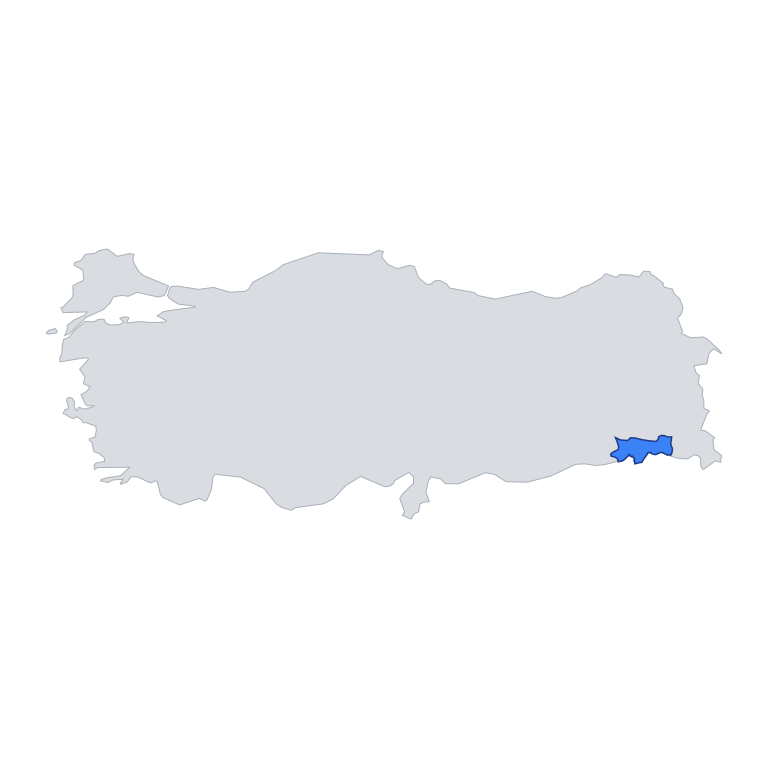 where Sirnak sits in Turkey
{"feature_id": "TUR-3044", "entity_name": "Sirnak", "entity_type": "Province", "adm_level": 1, "iso_a3": "TUR", "parent_name": "Turkey", "parent_adm1": "", "projection": "robinson", "projection_center": [42.613, 37.438], "detail": "fine", "context": "in_parent", "style": "filled", "palette": "blue", "viewbox_px": 768, "rotation_deg": 0, "n_neighbors": 0, "source": "natural_earth", "source_scale": "10m", "svg_char_len": 4853}
<svg xmlns="http://www.w3.org/2000/svg" viewBox="0 0 768 768"><path d="M605.3,273.7L616.3,277.3L619.9,274.6L629.9,275.0L638.8,277.0L643.7,271.1L650.1,271.7L651.3,274.8L654.2,275.9L663.5,283.5L662.5,284.5L664.7,287.3L672.7,289.2L673.5,293.1L679.7,298.9L683.0,307.9L681.1,314.2L677.6,318.1L682.6,331.6L681.1,333.4L690.9,337.8L703.1,337.0L707.0,339.0L718.9,349.7L721.9,353.9L713.7,348.8L709.1,353.2L706.8,363.8L693.9,365.7L695.9,372.6L699.4,375.7L698.3,382.2L699.2,384.8L702.8,389.1L702.3,394.9L703.8,401.1L703.9,408.5L709.3,410.8L706.9,414.2L700.9,429.2L701.3,430.4L705.4,430.8L714.5,437.8L712.9,440.0L714.0,449.7L721.9,455.9L720.7,459.1L720.9,462.3L715.2,460.9L703.7,469.4L702.4,469.2L700.8,466.2L700.4,457.7L697.6,455.4L694.0,454.9L687.7,458.8L682.0,458.7L676.2,457.9L661.1,452.6L655.5,454.4L649.7,452.4L638.3,462.9L634.9,463.8L633.2,458.5L629.3,455.6L624.2,459.6L604.7,464.6L595.7,465.5L584.8,463.8L575.7,464.3L550.9,476.0L527.2,482.2L506.1,481.7L494.6,474.4L485.6,472.7L458.3,483.9L445.1,483.5L440.7,478.9L430.6,477.0L428.3,481.4L425.9,491.9L429.3,501.6L423.5,502.2L419.8,504.3L418.7,511.6L413.4,514.4L411.5,518.9L410.6,519.0L402.2,515.3L404.6,511.8L399.7,498.3L402.4,494.1L413.6,483.2L413.5,476.8L408.9,472.3L394.8,480.4L393.4,483.5L390.2,485.9L385.0,486.8L360.6,476.4L345.8,485.6L333.0,498.9L323.5,503.8L295.9,507.6L291.0,510.2L281.7,507.4L276.2,503.8L264.0,488.6L240.5,477.1L215.2,474.3L212.9,477.2L211.5,489.0L207.0,500.0L204.8,501.2L199.4,498.4L179.6,504.9L163.2,497.7L160.5,494.5L157.3,481.7L154.9,480.8L152.2,482.6L149.4,482.5L137.7,477.0L131.3,476.6L127.1,482.0L120.7,484.3L120.6,482.7L123.3,479.2L113.2,479.9L107.8,482.5L100.6,480.9L101.2,479.4L107.1,477.7L120.7,475.7L129.6,467.2L97.6,467.6L94.4,469.5L94.2,465.1L96.1,463.0L104.6,461.4L104.3,457.7L99.4,453.7L93.9,451.6L91.9,442.4L89.1,440.0L89.6,438.7L94.9,437.1L96.4,430.3L95.8,426.2L85.7,422.5L83.4,422.9L81.1,419.3L76.8,416.7L73.1,418.8L63.0,413.3L65.2,409.2L67.8,409.3L68.4,406.2L66.7,400.9L67.1,398.3L69.4,397.5L71.9,398.0L74.3,401.2L74.2,407.1L76.8,410.7L78.9,407.1L83.6,409.1L92.1,407.3L93.9,405.7L87.7,405.9L85.5,404.4L81.0,394.6L86.3,391.7L90.3,386.9L83.4,383.7L85.2,377.0L79.6,369.4L88.3,359.6L87.9,358.2L85.4,357.7L59.9,361.8L59.8,357.4L61.9,353.6L62.3,344.3L63.7,339.2L68.5,337.7L74.7,330.3L84.6,321.6L94.3,321.8L98.3,319.4L104.0,319.2L105.5,322.7L110.4,325.1L119.3,324.7L123.7,322.4L119.9,318.1L125.0,316.8L129.0,317.8L126.5,322.5L127.7,322.9L139.3,321.5L151.2,322.6L164.5,322.1L166.3,320.6L157.2,315.9L163.4,311.7L166.9,310.9L194.9,307.1L195.1,306.2L178.2,304.1L169.7,298.6L167.5,295.6L169.7,288.3L171.7,286.4L177.8,286.1L198.6,289.4L213.6,287.4L229.7,292.2L245.3,291.3L248.7,289.1L252.9,282.2L275.5,270.6L283.5,264.6L318.2,252.8L369.3,254.9L378.4,250.3L383.5,251.8L382.0,254.8L382.2,257.7L388.1,264.6L397.1,268.7L409.8,265.3L414.4,266.6L418.5,277.6L426.3,284.1L429.9,284.6L434.9,280.8L439.4,280.3L446.9,284.1L449.4,288.0L473.8,292.5L478.8,295.8L495.3,299.1L532.1,291.3L545.4,296.6L556.7,298.3L561.5,297.5L576.4,291.3L581.0,287.7L590.3,284.7L602.0,277.7L605.3,273.7ZM134.0,254.3L132.8,259.2L134.6,264.6L139.3,272.1L144.2,275.9L168.5,286.0L164.4,295.5L158.1,297.0L137.1,292.4L128.1,296.3L122.0,295.3L113.1,297.0L110.3,302.8L103.8,309.3L86.1,317.4L69.4,333.5L64.7,335.5L67.2,330.1L67.3,325.3L74.5,319.7L84.4,315.4L87.2,311.9L63.0,312.6L61.0,307.6L63.6,306.6L72.0,297.8L73.1,294.3L72.9,285.6L82.8,280.7L83.7,278.7L82.8,270.1L74.1,265.2L74.5,262.7L81.1,260.4L85.2,254.5L94.7,253.4L99.3,250.5L107.5,249.0L117.2,256.4L129.4,253.6L134.0,254.3ZM56.7,332.9L48.5,334.2L46.1,332.9L48.8,330.4L55.2,328.6L57.1,331.1L56.7,332.9Z" fill="#d9dde1" stroke="#a8b0b8" stroke-width="1"/><path d="M655.5,454.6L654.1,454.4L651.1,453.5L650.8,453.3L650.7,452.5L650.4,452.3L649.9,452.2L649.6,452.3L647.8,453.0L647.6,453.1L647.4,453.5L647.3,453.8L647.3,454.1L647.1,454.4L642.7,460.7L642.2,461.9L642.1,462.1L641.5,462.4L638.4,462.9L636.4,463.5L634.8,463.7L634.8,462.5L634.7,461.9L634.4,461.6L634.0,461.1L634.7,458.7L634.4,458.1L634.2,458.0L633.0,457.0L632.8,456.8L632.6,456.4L632.5,456.2L632.2,456.1L632.0,456.3L631.8,456.5L631.6,456.6L630.5,456.1L630.0,456.0L630.0,455.8L630.0,455.4L630.0,454.9L629.6,454.4L628.9,454.9L628.4,455.2L626.6,457.5L623.9,460.0L622.4,460.9L618.3,461.8L617.6,459.1L615.4,457.3L611.2,456.1L610.7,454.3L612.1,452.7L615.5,450.9L618.2,449.6L618.7,446.8L617.6,443.0L615.5,437.6L620.6,440.0L627.7,440.5L630.5,437.8L635.2,438.0L642.4,439.8L649.9,440.9L656.0,441.4L658.2,439.3L658.6,436.8L661.4,435.4L664.5,435.7L667.2,436.8L668.1,437.0L669.8,437.0L671.6,436.8L671.3,440.7L670.6,443.2L671.2,445.5L672.4,448.4L672.1,452.1L671.2,454.4L670.7,455.3L669.8,454.6L669.4,454.5L668.7,454.6L668.4,454.8L668.1,455.1L667.7,455.2L667.4,455.1L667.2,455.0L662.5,452.6L661.9,452.4L660.8,452.5L659.3,452.9L658.0,453.5L657.1,454.1L655.5,454.6Z" fill="#3b82f6" stroke="#1e3a8a" stroke-width="1.5"/></svg>